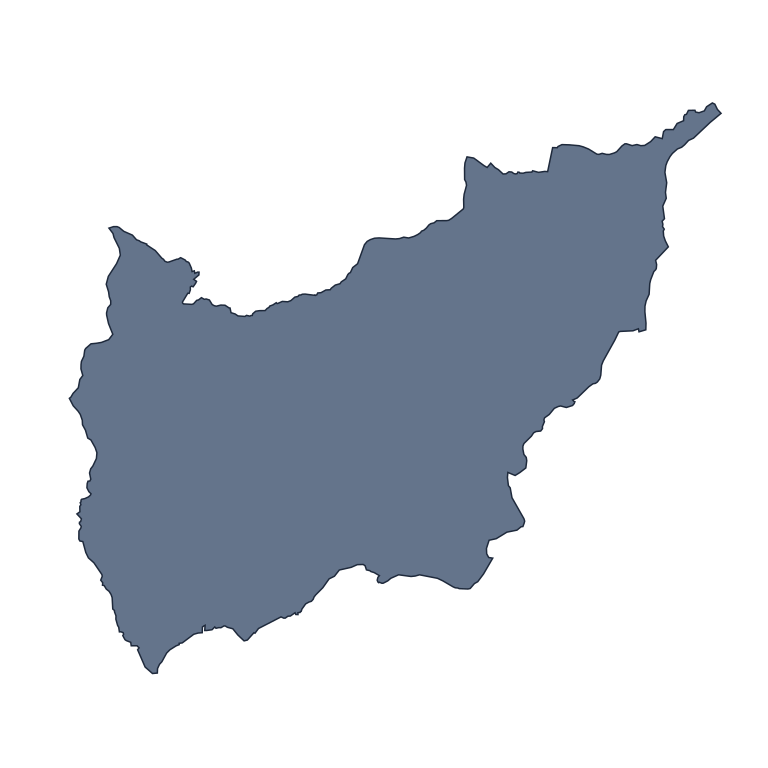 the district of Ilva Mare, Bistrita-Nasaud, Romania, rotated 275°
{"feature_id": "2599482B81473048811011", "entity_name": "Ilva Mare", "entity_type": "district", "adm_level": 2, "iso_a3": "ROU", "parent_name": "Romania", "parent_adm1": "Bistrita-Nasaud", "projection": "mercator", "projection_center": [24.906, 47.351], "detail": "fine", "context": "isolated", "style": "filled", "palette": "slate", "viewbox_px": 768, "rotation_deg": 275, "n_neighbors": 0, "source": "geoboundaries", "source_scale": "gbopen_adm2", "svg_char_len": 6110}
<svg xmlns="http://www.w3.org/2000/svg" viewBox="0 0 768 768"><g transform="rotate(275 384 384)"><path d="M593.6,649.0L599.4,647.7L609.1,648.1L619.3,645.4L626.1,645.7L630.2,646.8L635.5,649.1L638.8,651.2L643.7,655.8L645.8,659.9L648.5,662.6L653.2,666.2L655.9,670.9L673.0,686.1L683.0,696.2L686.6,692.2L691.6,689.2L692.6,686.6L688.3,681.2L684.0,679.3L681.7,674.2L682.1,670.7L683.8,669.9L683.1,663.4L679.0,661.8L678.5,660.2L676.4,659.3L672.4,659.5L669.1,653.3L662.7,650.1L662.0,642.5L659.8,640.5L652.7,639.8L653.9,632.6L648.7,628.5L644.4,622.9L643.8,619.1L644.6,615.1L643.1,610.4L644.4,604.8L644.3,603.1L641.9,600.3L635.7,595.6L634.3,593.4L632.3,588.5L632.1,585.6L632.8,581.2L631.5,578.1L631.5,576.1L635.9,567.3L637.6,561.8L638.4,557.5L638.4,547.9L638.0,540.4L635.8,536.7L634.5,536.0L634.2,531.4L609.8,528.5L609.8,525.6L608.3,519.5L609.4,513.5L608.0,512.8L607.2,506.9L606.1,504.2L606.0,500.9L606.7,500.3L606.8,498.9L605.2,498.3L604.7,496.7L605.0,494.9L606.3,492.8L606.3,490.0L604.0,487.2L603.6,484.3L607.5,479.3L609.3,475.6L613.3,471.1L608.7,467.9L610.2,464.7L616.9,453.7L617.5,446.9L611.3,445.4L606.1,445.4L594.7,446.5L592.2,448.1L589.1,448.9L580.0,447.3L575.0,447.2L566.9,448.1L565.4,447.8L554.8,436.9L552.7,434.1L552.2,432.0L551.3,422.3L548.9,419.8L547.8,416.6L546.4,414.9L543.0,412.6L540.6,410.2L539.5,408.0L538.0,407.2L535.9,404.7L533.7,401.1L531.6,395.8L532.0,390.9L530.2,386.7L529.5,382.8L529.1,366.4L528.4,361.8L526.6,357.7L524.6,354.8L521.1,352.4L501.5,347.2L497.3,342.7L492.1,340.8L491.1,339.3L489.8,338.4L485.4,336.7L482.0,332.5L480.1,331.5L478.3,326.8L474.8,323.1L473.2,322.2L472.6,317.9L469.5,313.3L468.9,310.0L467.0,309.3L466.6,308.4L466.6,307.4L466.3,307.5L466.7,297.6L466.3,294.7L465.5,293.6L465.2,291.7L463.7,290.6L462.8,287.6L459.0,284.0L457.5,281.0L457.4,275.5L454.9,271.0L454.9,270.3L455.6,269.6L453.1,266.4L451.7,263.4L450.4,262.8L449.0,260.9L446.8,259.2L446.2,253.5L445.3,249.8L442.5,247.1L440.8,246.8L440.7,245.7L439.9,244.4L440.4,241.1L439.2,239.6L439.1,232.6L440.8,229.6L441.7,225.4L446.3,224.0L446.3,223.0L448.6,218.8L448.4,214.5L446.9,210.2L447.2,208.1L448.2,205.9L452.5,202.7L453.2,199.4L452.7,197.6L454.1,194.6L451.6,191.9L451.0,190.1L447.3,187.3L446.6,185.7L446.3,177.3L447.1,176.3L448.1,176.1L457.3,180.6L457.3,182.0L460.9,182.9L463.7,182.6L464.7,183.7L464.2,185.4L467.8,187.5L469.9,188.3L471.7,185.3L476.5,190.1L479.3,190.0L479.3,188.8L477.8,185.9L480.2,185.2L479.3,183.0L482.7,182.0L487.5,179.4L488.4,178.3L488.8,176.4L490.2,175.1L491.9,171.0L492.1,170.3L490.4,168.0L490.3,166.8L486.8,159.1L486.4,157.5L487.2,155.0L489.0,153.5L490.0,151.7L497.0,144.5L501.8,135.6L502.7,135.5L504.4,129.3L505.4,127.6L506.1,124.9L510.4,120.4L513.4,111.5L516.8,106.6L517.5,104.4L517.2,100.8L515.3,96.4L510.3,100.9L506.3,102.3L496.1,108.5L489.4,110.1L480.6,107.1L467.2,100.0L459.2,98.6L451.8,101.6L446.9,102.7L443.1,104.5L439.5,104.8L435.8,102.2L430.6,101.4L428.4,101.7L420.2,104.3L409.9,109.5L404.2,105.9L400.8,98.9L399.5,93.9L398.5,88.6L393.4,83.7L391.6,82.9L385.5,82.6L380.1,80.6L376.9,80.5L372.6,80.8L366.2,83.2L362.0,80.6L353.6,79.8L347.6,75.1L343.6,73.2L342.3,71.8L335.2,76.3L330.2,81.7L327.2,84.1L321.6,86.6L317.1,87.2L312.0,90.6L304.3,93.6L302.7,96.9L295.5,101.8L290.5,104.0L284.7,104.0L276.9,101.1L273.9,99.2L269.7,98.4L263.6,100.2L261.7,99.4L261.4,97.6L259.0,97.0L254.7,97.1L251.0,99.4L249.1,101.7L247.8,101.3L245.8,99.5L243.8,96.0L242.8,92.8L242.0,92.3L240.2,92.4L239.3,91.7L237.3,92.6L235.6,91.6L230.2,92.2L227.8,89.4L223.3,94.3L220.5,93.8L219.8,92.7L218.3,92.7L215.8,94.8L214.2,94.6L210.9,92.9L203.0,93.5L201.1,94.7L200.8,97.7L190.2,101.6L185.0,104.7L180.6,110.6L169.7,119.5L168.0,120.1L163.9,118.9L161.5,121.1L159.0,121.1L158.8,122.8L155.5,125.2L153.5,128.2L150.6,130.4L147.5,131.8L136.2,133.4L134.9,135.2L133.5,135.4L129.7,137.2L126.3,137.4L120.2,139.7L118.6,140.9L114.0,142.0L114.2,143.5L113.6,145.8L112.0,146.4L110.6,145.7L108.0,147.4L106.7,148.3L105.9,149.7L104.6,154.2L101.2,155.0L101.7,160.8L99.8,163.0L97.8,161.7L81.2,170.7L75.4,178.6L76.3,183.4L80.8,183.2L85.2,184.8L87.9,186.9L97.0,190.9L100.5,193.8L105.0,199.7L106.5,202.7L107.8,202.5L108.5,205.6L118.1,216.3L119.7,220.5L120.4,224.6L126.1,224.3L127.2,225.5L128.0,226.8L122.8,226.9L123.0,228.9L124.2,234.1L127.2,236.6L126.0,237.9L126.9,240.6L127.0,242.8L129.0,245.6L129.1,247.0L128.0,249.1L127.0,254.7L121.2,260.3L115.9,267.0L117.0,270.2L124.9,276.1L124.5,277.2L129.5,280.3L143.0,301.7L142.0,304.6L142.2,306.1L144.3,308.5L144.7,311.0L148.4,315.3L146.7,316.2L146.8,318.4L148.7,318.2L149.1,320.3L150.0,320.6L150.2,321.3L152.7,321.9L158.1,325.1L160.2,328.2L161.2,330.6L163.3,332.2L165.7,332.9L167.9,334.3L175.7,340.8L185.1,346.3L188.2,351.4L194.8,355.7L198.5,367.3L201.7,373.1L202.4,379.0L201.3,381.0L197.3,382.7L196.8,386.2L196.0,387.3L195.3,390.6L192.7,396.1L190.9,394.8L188.0,394.3L186.2,395.2L185.6,396.1L186.1,396.7L185.3,399.3L185.5,400.6L188.2,404.9L191.1,407.8L195.2,415.2L194.6,427.7L195.4,431.8L197.0,436.0L195.1,454.2L193.0,459.8L188.0,470.4L187.2,472.7L187.2,475.3L186.7,476.7L187.1,485.5L187.8,487.7L193.1,491.5L195.2,494.6L203.4,499.7L220.0,507.5L220.3,503.4L223.8,501.1L229.1,500.4L237.5,502.3L239.7,509.3L247.1,519.3L250.0,529.2L253.7,533.0L254.1,534.8L257.4,535.7L259.6,536.1L261.9,535.2L281.9,521.4L291.5,518.8L293.6,516.8L301.6,515.1L306.7,515.1L304.3,522.6L307.5,526.9L312.7,532.6L320.0,532.9L323.3,532.1L326.0,529.5L331.3,528.0L334.2,527.8L336.9,528.6L344.9,535.4L348.4,537.3L349.9,539.6L350.8,544.2L353.3,545.8L355.4,545.5L360.5,547.1L362.1,546.4L364.3,546.9L368.1,551.3L374.6,555.8L376.8,559.6L377.5,561.9L376.5,567.7L379.0,573.7L381.1,575.2L383.0,575.7L383.2,574.8L384.5,573.3L386.9,577.7L399.1,588.3L402.4,592.1L403.1,594.6L404.6,596.4L407.9,598.5L411.7,599.2L421.7,599.1L426.1,600.4L447.8,610.1L456.3,613.3L457.0,614.9L458.7,627.4L461.2,632.6L458.2,633.5L460.8,640.1L467.4,639.7L478.7,637.6L484.3,637.2L489.6,637.9L496.5,640.3L507.2,640.0L511.2,640.6L519.5,643.0L521.7,644.8L522.9,645.2L526.7,645.2L530.9,643.8L545.4,655.3L551.1,651.8L555.8,649.7L560.7,648.9L562.7,649.7L565.0,647.8L567.5,647.9L570.4,646.9L573.1,649.0L585.5,646.2L593.6,649.0Z" fill="#64748b" stroke="#1e293b" stroke-width="1.5"/></g></svg>